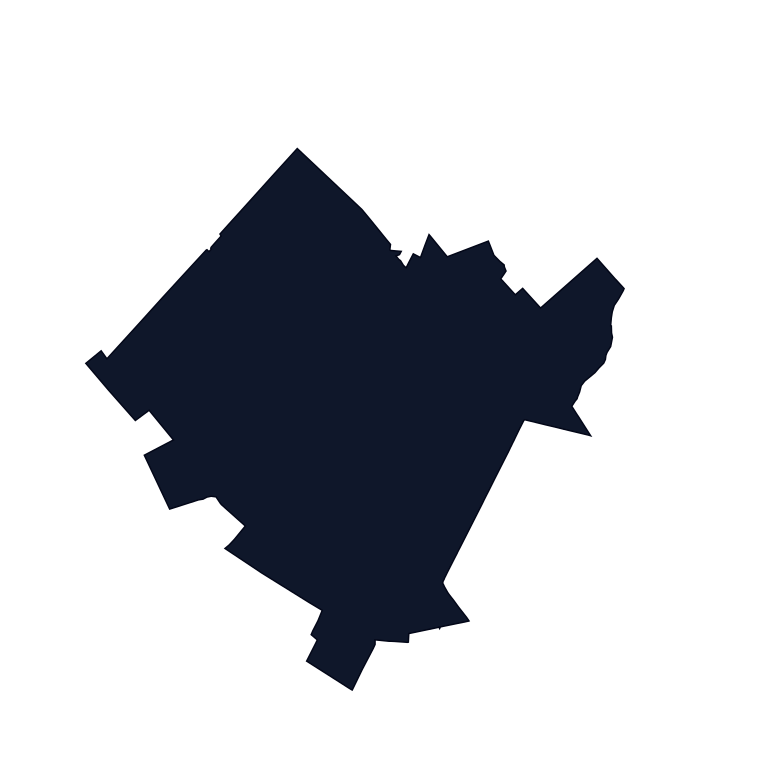 the district of Tecuci, Galati, Romania, rotated 229°
{"feature_id": "2599482B52877412326619", "entity_name": "Tecuci", "entity_type": "district", "adm_level": 2, "iso_a3": "ROU", "parent_name": "Romania", "parent_adm1": "Galati", "projection": "albers", "projection_center": [27.399, 45.839], "detail": "fine", "context": "isolated", "style": "filled", "palette": "ink", "viewbox_px": 768, "rotation_deg": 229, "n_neighbors": 0, "source": "geoboundaries", "source_scale": "gbopen_adm2", "svg_char_len": 2835}
<svg xmlns="http://www.w3.org/2000/svg" viewBox="0 0 768 768"><g transform="rotate(229 384 384)"><path d="M242.6,164.6L236.1,165.6L234.6,165.8L233.1,162.3L225.6,143.8L193.9,153.2L177.6,158.0L173.9,159.2L174.0,159.5L182.9,180.4L191.5,202.4L193.3,206.4L196.8,209.4L186.5,219.1L184.7,221.1L182.9,223.0L178.7,227.2L174.5,231.4L173.8,232.0L173.2,233.0L179.4,239.0L164.7,265.3L164.5,266.0L163.0,265.6L163.7,267.2L163.4,267.7L163.1,268.2L162.3,269.7L159.8,274.1L149.5,292.4L149.4,292.7L153.4,293.2L166.8,293.9L174.8,294.6L178.7,294.8L182.5,295.0L185.0,295.3L191.4,296.6L193.0,297.1L195.1,297.6L196.3,299.0L197.4,301.7L197.7,302.1L198.1,303.0L198.6,304.3L200.1,307.8L206.1,322.6L207.8,326.9L208.4,328.4L208.8,329.1L209.0,329.8L209.2,330.1L209.3,330.4L210.7,334.0L229.0,379.1L230.3,382.2L230.8,383.3L231.0,383.8L231.1,384.0L231.2,384.3L232.8,388.2L234.8,393.2L239.4,404.3L250.3,431.1L251.0,432.9L252.0,435.2L253.5,438.6L253.6,439.0L255.1,442.4L256.2,445.2L257.2,447.4L261.3,457.0L262.2,459.3L263.4,462.2L264.8,465.7L264.7,466.8L249.9,477.3L247.6,478.9L239.3,484.9L232.9,489.4L232.4,489.7L219.7,498.8L211.7,504.5L211.3,504.8L210.2,505.5L209.4,506.0L232.2,509.4L234.1,509.6L244.0,511.1L245.7,517.0L246.2,520.0L247.3,521.7L249.6,526.3L250.7,527.9L253.4,531.8L254.5,537.4L254.2,550.7L255.1,556.6L255.6,563.5L257.1,566.8L257.2,567.1L259.9,570.1L261.5,573.0L263.6,579.7L269.4,587.1L273.2,589.2L278.7,593.7L279.3,593.3L284.9,599.1L288.7,603.6L292.3,609.4L293.0,612.1L294.3,616.8L297.5,625.8L298.5,627.8L310.5,627.5L311.2,627.4L339.1,627.2L338.6,552.0L359.9,551.5L365.2,551.4L365.2,541.6L382.1,541.2L382.4,541.2L383.9,541.2L385.1,541.1L386.8,541.1L387.1,542.2L387.3,543.2L387.6,544.3L387.8,544.8L387.9,545.5L388.5,547.7L388.8,548.7L389.0,549.3L389.2,550.2L393.0,551.5L393.6,551.8L395.1,552.8L396.2,552.6L396.9,552.5L397.3,552.4L398.8,552.2L400.3,551.9L406.8,551.5L409.1,551.4L411.0,552.1L418.8,554.9L423.4,556.5L428.3,543.1L438.5,515.2L465.2,516.0L467.2,516.0L461.9,506.1L455.5,494.5L463.0,491.5L459.5,482.6L457.8,478.5L457.5,477.7L457.2,477.1L458.0,476.8L460.8,476.5L461.4,476.6L466.3,477.4L468.2,476.9L472.8,477.0L471.8,479.6L471.5,480.6L472.8,484.0L476.8,480.1L480.6,476.5L481.6,476.6L485.1,480.5L490.9,480.6L517.0,481.5L530.3,481.8L618.6,473.0L614.3,436.8L609.4,396.7L606.5,372.4L604.8,358.6L602.5,358.1L601.3,348.5L600.6,343.4L600.1,342.3L599.1,342.3L598.7,338.8L600.1,338.6L601.5,338.5L601.7,337.6L600.4,325.8L597.7,301.7L594.5,273.4L590.3,238.6L584.8,191.4L594.6,192.3L594.6,192.0L595.2,172.5L560.0,172.1L519.6,172.4L518.3,189.5L479.9,188.4L487.5,156.4L430.2,140.2L418.2,168.1L415.8,171.9L414.8,176.2L412.7,179.9L409.0,183.2L401.1,182.2L399.4,182.2L367.8,186.2L364.9,169.3L364.1,161.6L364.2,156.1L321.8,167.7L268.1,184.2L253.7,188.9L249.7,181.0L248.6,178.8L244.4,168.3L242.6,164.6Z" fill="#0f172a" stroke="#020617" stroke-width="1.5"/></g></svg>